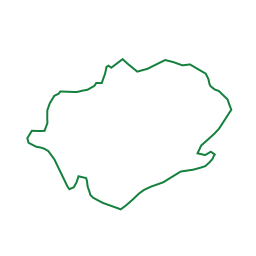 Sirs Al-Layyana City, Al Minufiyah, Egypt, rotated 288°
{"feature_id": "37247803B52946313788554", "entity_name": "Sirs Al-Layyana City", "entity_type": "district", "adm_level": 2, "iso_a3": "EGY", "parent_name": "Egypt", "parent_adm1": "Al Minufiyah", "projection": "robinson", "projection_center": [30.97, 30.445], "detail": "fine", "context": "isolated", "style": "outline", "palette": "green", "viewbox_px": 256, "rotation_deg": 288, "n_neighbors": 0, "source": "geoboundaries", "source_scale": "gbopen_adm2", "svg_char_len": 1138}
<svg xmlns="http://www.w3.org/2000/svg" viewBox="0 0 256 256"><g transform="rotate(288 128 128)"><path d="M181.2,90.1L179.5,88.7L172.7,89.4L162.6,89.1L161.0,83.9L157.7,83.0L151.9,77.7L149.5,73.3L146.3,68.0L141.8,52.3L139.2,51.5L135.9,48.0L127.5,46.0L119.9,45.8L112.2,48.2L107.9,49.8L99.5,49.5L97.9,45.2L95.6,37.4L87.2,35.4L83.2,38.0L81.8,46.5L82.5,51.6L82.4,55.1L81.4,59.4L75.3,67.8L69.2,73.6L63.9,78.7L58.7,83.7L55.2,87.0L53.5,88.7L51.7,91.2L55.0,94.8L60.1,95.8L66.8,95.9L67.4,103.7L64.8,105.4L59.7,107.8L55.4,111.1L52.8,112.8L51.0,116.1L50.0,121.3L49.0,127.3L48.4,146.2L53.4,149.8L60.9,154.3L69.2,158.8L74.1,162.4L79.1,167.7L87.2,178.2L94.6,184.5L102.9,191.6L108.5,202.9L112.5,209.0L115.7,213.4L117.4,214.3L120.7,216.2L124.9,218.0L127.4,218.1L129.6,218.7L130.0,217.6L131.0,214.1L126.1,209.7L125.4,202.0L133.9,203.0L149.6,212.1L155.5,214.8L177.3,220.6L182.5,216.4L185.9,213.9L191.3,202.9L191.4,198.6L193.3,193.5L195.0,191.9L199.3,189.4L203.7,185.2L207.6,167.3L204.4,160.3L204.6,154.0L204.7,150.9L204.1,142.3L190.2,128.1L184.5,119.4L189.1,107.5L191.8,101.6L180.2,93.5L181.2,90.1Z" fill="none" stroke="#15803d" stroke-width="2"/></g></svg>